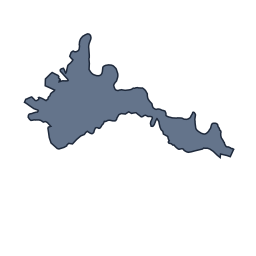 Kum Hamada, Al Buhayrah, Egypt, rotated 312°
{"feature_id": "37247803B37481118609375", "entity_name": "Kum Hamada", "entity_type": "district", "adm_level": 2, "iso_a3": "EGY", "parent_name": "Egypt", "parent_adm1": "Al Buhayrah", "projection": "albers", "projection_center": [30.747, 30.655], "detail": "fine", "context": "isolated", "style": "filled", "palette": "slate", "viewbox_px": 256, "rotation_deg": 312, "n_neighbors": 0, "source": "geoboundaries", "source_scale": "gbopen_adm2", "svg_char_len": 5855}
<svg xmlns="http://www.w3.org/2000/svg" viewBox="0 0 256 256"><g transform="rotate(312 128 128)"><path d="M98.3,100.0L98.7,102.6L98.9,103.6L99.5,104.9L100.2,105.4L101.8,105.5L104.1,104.4L106.2,103.8L106.9,104.1L107.4,104.6L107.9,105.3L108.2,106.5L108.6,106.9L109.7,107.3L113.0,106.7L114.5,106.8L117.1,106.0L117.7,106.9L118.5,107.3L120.3,108.0L121.6,109.3L122.9,111.6L124.2,113.2L125.1,113.9L126.9,113.7L128.0,113.1L131.8,112.3L134.2,113.3L136.6,116.7L140.5,117.7L141.2,120.9L142.9,122.1L144.1,123.1L144.7,123.7L144.8,124.1L144.8,126.1L145.1,128.8L145.0,129.4L145.1,130.1L145.4,130.7L146.4,131.3L147.7,131.5L148.9,132.2L149.3,132.6L149.9,135.2L151.4,136.7L152.1,137.9L152.2,138.8L151.7,139.5L147.9,140.7L146.3,141.7L144.8,144.0L145.5,145.0L146.2,145.4L147.5,145.3L148.3,145.2L149.6,144.6L150.2,144.5L150.9,144.1L153.9,143.2L155.1,143.2L154.3,143.3L153.5,146.5L152.0,148.4L150.0,151.3L148.9,153.7L148.8,156.1L147.2,158.4L148.3,163.2L147.3,164.6L146.3,166.3L146.2,167.1L144.5,167.3L144.1,168.6L145.3,170.8L145.3,172.8L146.1,173.5L145.9,175.2L145.8,177.2L145.9,178.2L146.0,179.5L146.4,180.2L148.8,182.0L149.3,183.5L148.9,184.5L149.1,185.8L149.5,187.5L150.3,189.1L152.7,191.0L156.1,193.2L162.2,197.4L163.6,197.6L165.0,199.4L166.1,200.5L167.1,202.8L167.7,206.9L167.5,212.6L167.6,214.2L167.7,216.3L170.6,214.2L173.8,220.0L175.1,223.2L182.4,220.9L182.9,220.8L182.8,220.2L182.6,219.4L181.9,218.5L181.8,217.4L181.5,216.5L181.3,215.8L181.2,215.4L180.8,215.0L179.9,213.6L180.1,212.5L180.6,210.9L181.0,210.1L181.5,209.5L181.7,209.2L181.7,208.2L182.0,207.8L182.3,207.0L182.5,206.3L182.7,205.7L182.8,205.1L183.0,204.3L183.4,203.5L183.7,203.1L184.4,202.0L184.9,201.7L185.2,201.3L185.6,200.8L187.1,199.9L187.8,199.0L187.9,198.5L187.9,197.8L187.8,197.5L188.0,197.3L188.4,196.7L188.9,195.8L189.0,195.3L189.1,194.7L189.4,193.8L190.0,193.0L190.4,192.5L190.6,191.7L190.4,190.5L189.9,189.6L188.9,188.5L188.3,188.0L187.7,187.7L186.8,187.8L186.3,187.9L183.7,189.2L183.1,189.5L181.9,189.7L181.2,189.7L180.0,190.0L179.3,190.1L177.5,190.0L176.3,189.8L175.2,189.3L174.6,188.8L173.9,187.7L173.1,185.9L173.0,185.1L172.7,183.7L172.5,181.6L172.6,180.2L172.8,179.5L173.1,178.6L176.7,174.4L177.9,173.3L178.6,172.4L179.1,171.9L180.9,170.7L182.6,169.6L183.2,169.0L183.5,168.2L183.7,167.3L183.8,166.8L183.6,166.3L183.4,165.9L183.2,165.8L182.9,165.7L182.1,166.1L181.2,166.4L179.0,166.8L178.6,167.0L177.8,167.2L176.9,167.2L176.4,167.1L175.2,166.7L174.4,166.3L173.7,165.8L173.3,165.4L172.7,164.5L172.2,164.0L171.8,163.1L171.7,162.1L171.1,161.0L170.0,159.6L168.6,158.0L167.7,157.3L166.2,155.4L165.5,154.6L165.0,153.8L164.7,153.2L164.2,152.2L163.6,151.2L163.1,150.0L162.9,149.3L162.7,148.4L162.7,147.9L163.0,147.6L163.4,147.2L163.9,146.7L164.4,146.2L164.8,145.3L165.3,144.3L165.3,144.1L164.6,142.4L164.4,142.2L163.8,141.0L163.6,140.0L163.3,139.2L162.6,138.1L162.0,137.4L160.7,136.5L160.4,136.1L160.2,135.4L160.0,134.6L159.9,133.6L159.9,133.1L160.2,132.3L160.7,131.4L161.4,130.4L161.9,129.8L162.1,129.1L162.2,127.6L162.4,126.0L162.6,125.1L163.1,123.3L163.5,122.6L164.1,121.8L165.0,120.7L166.3,119.5L166.5,119.1L166.8,118.0L167.4,116.4L167.6,115.2L167.6,114.1L167.5,112.6L167.3,111.8L166.7,111.3L166.2,110.7L165.7,110.0L164.8,109.0L164.5,108.2L163.9,107.6L163.4,107.2L162.9,106.8L162.0,106.4L161.7,106.1L161.4,105.5L160.8,105.1L159.9,104.9L159.0,104.7L157.7,103.8L156.7,103.0L154.1,100.7L153.3,99.5L152.4,98.1L152.0,97.4L151.4,97.1L150.3,96.1L149.5,95.8L149.3,95.6L149.1,95.4L148.8,95.0L148.5,94.5L148.2,93.9L148.1,92.8L148.3,92.1L149.0,90.5L150.1,88.8L151.0,88.4L152.5,88.1L153.7,88.0L155.2,88.0L156.8,87.3L158.7,86.4L159.8,85.7L160.9,84.7L161.6,83.9L164.0,79.7L164.2,78.7L164.2,78.2L164.3,76.8L164.3,75.7L164.2,75.0L163.4,73.2L162.9,72.7L162.0,71.4L159.5,69.4L157.8,68.7L156.6,68.6L155.8,69.0L152.8,71.2L151.8,71.7L151.0,72.1L150.2,72.2L149.4,72.3L148.0,71.8L147.2,71.2L145.8,69.5L144.7,66.9L144.5,66.1L144.4,65.2L144.4,64.1L144.5,63.5L144.6,62.7L145.0,61.3L145.4,59.9L150.1,56.1L153.3,52.6L154.4,52.1L156.2,50.5L161.1,45.4L161.8,44.6L163.4,43.4L164.8,42.6L169.3,40.8L170.4,40.0L171.5,38.5L171.8,37.3L171.7,36.2L171.5,35.9L171.1,35.2L170.7,34.8L168.2,33.7L167.5,33.6L166.3,33.1L165.5,33.0L162.9,33.1L162.0,33.3L159.8,34.2L159.2,34.6L158.5,35.2L157.5,35.8L156.5,37.1L156.0,37.5L153.8,39.0L153.0,39.2L152.1,39.2L151.4,39.1L150.9,38.8L150.1,38.5L149.8,38.3L149.2,37.6L148.9,37.2L148.7,36.4L148.7,36.0L148.2,35.6L146.9,35.3L146.0,35.2L142.3,36.7L141.8,39.3L141.8,41.4L141.0,41.7L138.2,41.8L137.2,41.7L135.0,41.4L133.9,41.6L130.6,43.4L128.8,44.5L127.5,45.0L127.0,44.9L127.9,43.0L128.5,42.1L128.9,40.8L129.2,40.1L128.7,39.7L127.4,38.9L127.1,38.8L126.0,38.7L125.1,39.4L125.0,39.7L124.9,40.1L124.8,40.8L124.7,42.4L124.3,46.2L123.9,50.6L123.2,51.7L122.9,51.5L122.4,51.3L121.4,50.3L119.3,47.8L116.2,45.9L117.3,45.3L118.2,45.7L118.7,45.0L118.8,42.8L120.0,42.1L120.2,40.6L119.7,39.0L118.5,34.5L116.5,34.2L109.2,33.8L107.5,35.2L105.4,37.0L104.0,38.2L105.6,43.1L107.1,48.1L105.6,48.3L104.4,47.9L102.4,47.6L101.4,47.7L99.7,48.4L99.2,48.4L98.5,48.3L97.9,48.2L97.4,48.3L95.7,49.2L94.3,48.8L94.1,48.6L93.5,48.7L92.6,44.8L92.0,43.1L91.3,41.4L90.9,41.4L90.6,41.2L90.3,42.0L89.7,42.3L89.3,42.4L87.3,41.8L86.8,41.4L86.3,40.4L86.5,39.0L86.6,37.8L86.5,37.1L86.7,36.5L86.6,35.6L86.0,35.2L85.1,34.8L83.5,34.0L82.4,33.6L80.9,32.8L77.8,33.9L78.1,34.9L78.2,35.8L78.4,37.0L78.7,39.9L79.4,45.2L81.0,49.0L80.7,49.8L79.3,50.1L78.1,49.0L75.9,47.6L74.4,46.9L72.8,45.6L71.9,45.3L70.8,45.5L70.5,45.7L69.2,46.6L68.9,47.9L68.6,49.0L68.7,50.8L70.1,52.0L71.3,52.8L71.6,53.4L71.8,53.6L72.0,53.9L72.4,54.2L73.1,55.0L74.3,56.3L75.1,57.7L75.3,58.2L75.7,61.1L77.4,62.2L77.6,62.5L78.1,64.4L77.6,69.5L77.2,69.2L76.2,68.8L75.4,68.2L74.3,68.6L68.2,75.9L65.4,80.8L65.4,89.2L66.2,90.7L70.7,93.4L73.6,94.4L74.7,94.0L76.9,94.2L79.0,97.4L85.1,97.5L90.5,98.2L94.0,99.9L96.4,99.6L98.3,100.0Z" fill="#64748b" stroke="#1e293b" stroke-width="1.5"/></g></svg>